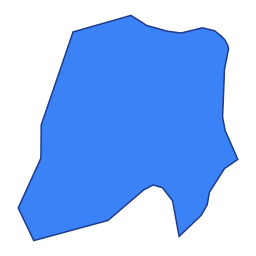 the border of Mozirje
{"feature_id": "SVN-973", "entity_name": "Mozirje", "entity_type": "Municipality", "adm_level": 1, "iso_a3": "SVN", "parent_name": "Slovenia", "parent_adm1": "", "projection": "orthographic", "projection_center": [14.959, 46.351], "detail": "fine", "context": "isolated", "style": "filled", "palette": "blue", "viewbox_px": 256, "rotation_deg": 0, "n_neighbors": 0, "source": "natural_earth", "source_scale": "10m", "svg_char_len": 474}
<svg xmlns="http://www.w3.org/2000/svg" viewBox="0 0 256 256"><path d="M18.2,207.9L40.9,158.3L41.2,125.0L73.1,31.9L130.9,15.4L146.8,25.5L167.3,31.2L181.2,33.0L202.4,27.8L214.6,30.8L221.3,36.1L225.0,40.1L227.6,45.1L228.6,48.5L224.5,69.4L222.6,117.2L225.2,130.6L237.8,159.4L224.5,168.5L209.4,192.3L207.2,204.8L201.2,215.3L179.1,236.4L172.6,200.9L162.5,187.7L153.1,185.0L143.7,189.9L108.0,220.4L33.8,240.6L18.2,207.9Z" fill="#3b82f6" stroke="#1e3a8a" stroke-width="1.5"/></svg>